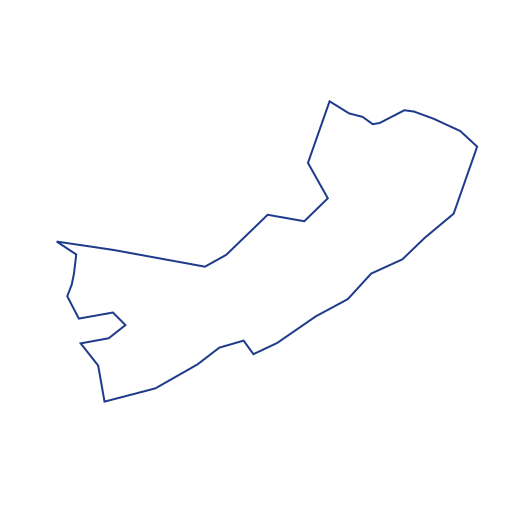 Uychi, Namangan, Uzbekistan (Equal Earth projection), rotated 10°
{"feature_id": "79887680B4348480109525", "entity_name": "Uychi", "entity_type": "district", "adm_level": 2, "iso_a3": "UZB", "parent_name": "Uzbekistan", "parent_adm1": "Namangan", "projection": "equal_earth", "projection_center": [71.866, 41.057], "detail": "fine", "context": "isolated", "style": "outline", "palette": "blue", "viewbox_px": 512, "rotation_deg": 10, "n_neighbors": 0, "source": "geoboundaries", "source_scale": "gbopen_adm2", "svg_char_len": 656}
<svg xmlns="http://www.w3.org/2000/svg" viewBox="0 0 512 512"><g transform="rotate(10 256 256)"><path d="M270.5,353.1L291.9,338.0L325.3,305.1L353.9,282.5L372.5,253.3L400.8,233.8L419.1,208.7L443.3,180.0L454.8,109.9L435.5,97.5L407.1,90.0L386.5,86.3L376.8,86.7L354.6,103.6L348.1,105.9L336.8,100.5L322.9,99.4L301.6,90.9L291.0,155.3L316.7,186.7L297.5,213.4L260.3,213.4L226.5,260.0L207.5,275.4L115.5,274.8L57.2,276.4L78.7,285.7L79.8,304.7L79.5,316.2L77.1,328.4L92.4,348.4L124.9,336.5L139.4,346.7L125.2,362.6L98.5,372.5L119.6,391.3L132.1,425.7L179.9,403.8L217.2,372.9L235.8,352.6L258.5,341.5L270.5,353.1Z" fill="none" stroke="#1e3a8a" stroke-width="2"/></g></svg>